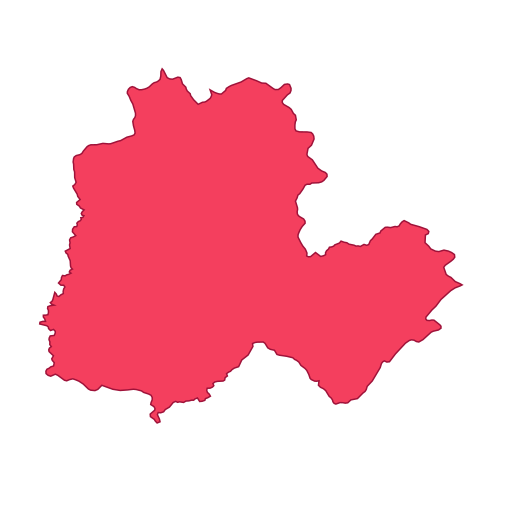 Ibiá, Minas Gerais, Brazil, rotated 276°
{"feature_id": "56859067B12379511984109", "entity_name": "Ibiá", "entity_type": "district", "adm_level": 2, "iso_a3": "BRA", "parent_name": "Brazil", "parent_adm1": "Minas Gerais", "projection": "natural_earth1", "projection_center": [-46.592, -19.604], "detail": "fine", "context": "isolated", "style": "filled", "palette": "rose", "viewbox_px": 512, "rotation_deg": 276, "n_neighbors": 0, "source": "geoboundaries", "source_scale": "gbopen_adm2", "svg_char_len": 6003}
<svg xmlns="http://www.w3.org/2000/svg" viewBox="0 0 512 512"><g transform="rotate(276 256 256)"><path d="M122.8,365.4L124.8,371.8L130.9,376.7L132.7,378.6L134.7,379.6L138.0,380.2L143.9,384.7L158.0,391.2L162.2,392.0L163.9,393.0L165.1,394.6L164.2,397.2L164.8,399.8L173.2,404.9L184.9,413.7L188.0,417.3L188.9,419.4L188.8,422.0L187.7,424.4L187.5,426.9L190.3,430.8L198.6,438.2L199.8,440.3L201.5,445.2L203.5,447.5L205.5,447.3L206.7,446.1L210.8,439.7L210.7,437.6L209.9,435.2L209.9,432.7L211.1,431.4L213.0,431.4L220.7,436.6L224.8,440.1L232.1,444.5L241.9,453.3L245.1,457.3L247.6,462.2L248.8,464.0L249.8,461.8L251.4,456.8L255.1,452.1L256.1,449.4L257.5,447.1L264.3,443.9L266.5,445.1L271.4,450.6L273.5,452.6L275.6,453.8L278.2,453.2L279.9,450.2L281.0,446.8L281.5,442.3L279.5,437.4L279.6,433.9L281.3,429.1L283.9,426.7L286.9,422.7L294.6,422.3L296.3,425.0L298.5,425.3L300.3,423.2L302.2,415.4L303.7,406.5L304.9,404.5L306.7,399.6L305.2,397.7L303.1,396.2L300.9,395.2L299.8,393.3L299.9,391.2L298.3,386.9L298.4,383.6L298.0,381.5L293.9,377.5L291.9,376.9L290.1,372.9L285.2,369.9L283.2,368.2L279.2,366.9L278.2,365.1L278.8,362.2L276.4,358.8L276.7,356.5L276.3,354.4L277.0,352.4L277.5,347.2L278.7,345.0L278.9,342.1L279.7,339.0L277.6,337.6L275.3,333.2L273.9,332.2L272.9,330.2L272.4,328.1L270.5,327.4L268.6,325.6L266.5,324.8L264.6,325.1L263.3,323.1L262.3,320.4L265.7,314.8L261.1,310.4L260.7,308.2L261.3,306.4L264.2,306.4L266.3,305.3L268.0,304.3L270.9,301.4L274.3,298.9L279.2,295.8L281.5,295.6L283.5,296.1L286.9,297.2L290.3,298.9L293.7,301.4L295.8,301.1L297.8,299.5L299.6,295.5L300.5,294.0L302.0,292.8L304.4,292.3L306.5,292.5L308.3,292.2L314.7,289.5L318.1,290.8L320.9,291.3L322.6,293.0L327.7,295.8L331.5,297.4L332.7,299.2L333.0,302.2L334.4,303.9L335.4,310.6L336.6,313.6L338.3,315.6L342.5,318.4L344.8,318.0L346.3,316.2L347.5,312.3L349.8,308.3L357.5,302.0L360.4,297.0L362.4,296.0L368.5,296.5L372.0,299.6L378.4,301.5L381.2,300.9L383.3,299.6L384.6,297.9L384.7,294.0L384.0,286.3L384.6,282.7L386.6,281.4L390.4,281.0L393.5,281.1L395.6,281.8L400.1,280.5L401.7,278.3L405.5,275.7L407.0,273.6L409.7,267.6L411.4,266.1L413.4,265.9L419.6,270.4L421.7,272.8L424.3,273.5L426.5,273.3L430.0,271.4L430.4,269.5L429.6,266.3L426.1,263.3L423.9,260.8L423.5,257.5L424.4,255.5L428.8,247.8L428.6,243.6L430.3,238.4L432.4,230.2L431.5,228.4L427.5,223.0L423.1,213.8L421.7,211.6L419.6,209.0L417.5,208.5L413.5,204.7L413.3,202.5L413.7,200.3L414.4,197.6L416.4,193.0L411.9,195.1L410.3,194.9L408.0,194.0L404.6,190.4L403.7,188.8L403.3,186.7L400.8,182.6L404.9,177.6L408.7,174.2L410.5,173.6L412.9,170.4L414.9,169.1L416.5,168.6L419.5,164.9L423.6,163.2L425.5,161.9L425.7,159.6L423.1,154.5L423.1,151.6L424.1,149.0L430.9,144.6L432.3,143.1L429.5,142.2L424.9,142.5L421.6,142.1L419.8,140.5L418.6,138.9L417.7,136.6L416.3,134.9L413.0,132.1L411.4,129.9L410.3,127.6L409.4,124.8L409.1,122.4L410.1,119.3L411.0,117.7L411.5,115.3L410.5,113.3L408.5,111.7L406.0,110.9L404.4,111.0L401.5,113.2L397.6,115.3L394.3,117.6L385.5,121.2L383.0,121.5L381.1,121.1L379.1,119.9L377.0,119.4L372.8,120.5L368.2,122.3L365.6,122.9L363.7,122.1L362.4,119.8L360.7,115.2L356.6,109.3L355.7,106.7L352.5,99.8L352.1,97.9L352.0,92.0L350.0,86.0L349.3,80.1L348.3,78.0L347.1,76.6L342.4,73.4L339.8,72.1L338.4,70.3L337.1,66.7L335.5,64.9L333.9,64.4L330.4,64.3L328.3,65.0L323.0,65.8L320.7,66.8L315.0,67.5L310.5,69.4L308.1,68.3L306.4,66.5L304.5,67.4L298.8,71.7L296.6,72.5L293.8,75.2L290.5,72.0L288.7,72.3L287.1,75.1L285.4,76.4L283.9,80.2L281.9,78.6L280.0,77.8L278.4,78.8L278.1,80.6L276.2,79.7L275.8,77.8L274.1,78.4L272.6,77.4L271.7,75.7L269.9,74.4L268.2,75.1L266.5,74.6L266.1,72.2L263.5,70.8L260.9,70.9L257.4,74.6L255.9,72.4L254.7,69.8L252.5,68.9L249.7,69.7L247.5,69.4L244.0,70.4L240.9,65.8L239.1,66.8L238.0,68.6L236.2,69.2L231.9,71.7L226.6,72.6L224.9,73.4L223.8,74.8L222.4,72.6L220.6,72.0L219.6,73.8L218.2,71.7L217.5,69.8L216.3,68.2L216.4,65.6L214.3,64.8L212.1,64.8L208.5,62.4L206.6,65.0L206.8,67.8L205.2,69.2L203.2,68.2L200.7,67.9L198.5,68.3L197.0,66.0L195.1,64.2L195.4,62.3L197.1,61.5L198.8,59.7L191.4,58.5L189.7,57.9L188.1,56.3L186.8,57.7L186.0,60.3L185.0,56.5L183.9,54.3L182.0,54.2L180.3,55.2L178.1,55.5L175.9,55.2L175.2,53.1L174.9,50.7L173.1,50.9L171.3,52.5L169.0,53.5L168.7,50.8L167.6,48.1L165.8,48.0L164.8,55.2L163.7,56.9L162.1,57.3L160.4,59.4L161.8,62.3L160.2,64.2L158.6,64.4L155.9,63.7L155.0,59.7L152.8,58.9L151.1,58.9L149.1,60.0L146.3,60.2L144.5,61.9L142.7,60.1L141.0,59.7L139.3,60.2L135.6,65.0L132.4,63.6L130.9,64.3L128.8,66.5L125.5,66.2L124.3,63.5L122.8,62.0L121.5,59.9L119.5,59.1L117.1,59.5L115.6,61.7L115.0,64.4L117.5,68.8L116.6,71.4L112.4,78.5L112.1,80.8L113.6,83.5L114.7,86.7L114.0,89.7L113.0,93.0L110.6,97.6L106.2,103.2L105.3,105.5L105.3,109.9L106.8,112.6L111.3,116.2L108.5,127.5L108.1,135.0L109.4,142.3L110.7,148.0L110.7,150.8L109.9,156.2L108.6,158.5L107.5,163.7L106.5,166.2L104.4,167.6L102.0,167.8L99.4,167.0L97.3,166.8L95.5,170.3L93.7,171.5L92.1,171.4L87.7,167.3L85.2,167.8L82.9,171.9L81.2,173.2L79.6,175.1L81.1,177.9L83.7,177.0L87.9,174.5L90.1,175.1L90.1,177.6L91.4,180.4L93.8,181.8L96.7,185.7L101.7,189.0L103.0,191.3L102.3,193.3L103.0,195.3L102.8,199.3L104.4,201.5L104.9,204.4L105.9,207.1L106.1,209.1L107.5,210.3L108.7,212.6L105.4,215.2L105.9,217.6L107.1,220.2L108.9,220.6L109.9,222.7L111.8,225.3L113.7,224.0L115.3,221.9L117.3,221.0L119.4,221.3L119.8,224.3L121.1,226.4L122.6,227.6L124.7,226.5L126.4,228.2L127.3,230.7L128.2,236.3L129.3,237.8L131.8,238.0L133.7,240.1L135.9,239.0L137.6,240.8L138.7,242.7L140.5,244.0L142.3,246.2L144.1,250.3L151.1,252.7L156.7,258.5L165.7,262.4L168.6,261.7L169.9,264.1L170.5,266.5L171.2,272.2L170.1,274.1L165.9,277.3L164.7,279.9L164.2,284.2L160.3,287.1L159.8,289.6L159.5,297.0L158.7,303.2L157.2,305.2L156.5,307.2L155.0,309.7L151.9,312.1L149.3,316.5L147.6,318.4L143.7,320.9L140.0,322.6L138.9,323.9L137.7,327.4L137.8,329.4L138.5,331.7L134.0,331.6L132.2,333.8L131.1,336.9L129.4,339.4L124.0,343.5L122.9,345.3L121.0,347.0L119.0,347.8L117.6,349.1L117.1,350.9L119.0,354.9L119.2,357.8L119.0,360.2L119.6,362.6L122.8,365.4Z" fill="#f43f5e" stroke="#9f1239" stroke-width="1.5"/></g></svg>